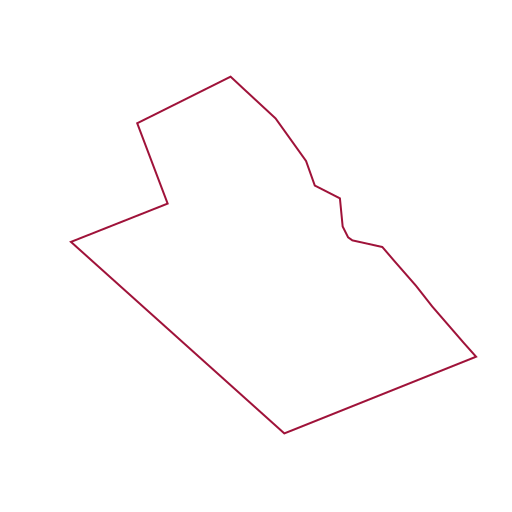 outline of Qasima, Shamal Sina', Egypt, rotated 338°
{"feature_id": "37247803B24800496222401", "entity_name": "Qasima", "entity_type": "district", "adm_level": 2, "iso_a3": "EGY", "parent_name": "Egypt", "parent_adm1": "Shamal Sina'", "projection": "orthographic", "projection_center": [34.453, 30.447], "detail": "fine", "context": "isolated", "style": "outline", "palette": "rose", "viewbox_px": 512, "rotation_deg": 338, "n_neighbors": 0, "source": "geoboundaries", "source_scale": "gbopen_adm2", "svg_char_len": 414}
<svg xmlns="http://www.w3.org/2000/svg" viewBox="0 0 512 512"><g transform="rotate(338 256 256)"><path d="M165.4,328.2L215.8,431.1L422.3,431.8L415.9,413.9L400.5,368.9L393.2,343.6L382.4,312.5L376.5,295.0L351.2,277.6L348.4,273.2L347.4,261.1L355.4,234.0L336.9,212.7L338.0,186.7L325.7,135.8L307.2,96.5L299.6,80.2L195.6,88.4L193.7,174.3L89.7,173.6L165.4,328.2Z" fill="none" stroke="#9f1239" stroke-width="2"/></g></svg>